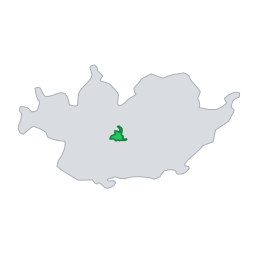 Switzerland, with Nidwalden highlighted, rotated 183°
{"feature_id": "CHE-164", "entity_name": "Nidwalden", "entity_type": "Canton", "adm_level": 1, "iso_a3": "CHE", "parent_name": "Switzerland", "parent_adm1": "", "projection": "equal_earth", "projection_center": [8.375, 46.893], "detail": "fine", "context": "in_parent", "style": "filled", "palette": "green", "viewbox_px": 256, "rotation_deg": 183, "n_neighbors": 0, "source": "natural_earth", "source_scale": "10m", "svg_char_len": 3555}
<svg xmlns="http://www.w3.org/2000/svg" viewBox="0 0 256 256"><g transform="rotate(183 128 128)"><path d="M192.0,82.5L193.4,83.3L196.9,86.1L196.2,90.8L192.2,98.3L190.2,104.5L190.0,109.2L190.4,111.4L191.1,111.4L194.9,111.7L196.8,111.7L202.9,113.0L207.8,114.8L208.8,116.8L209.5,119.2L215.3,122.5L222.0,124.6L224.2,123.9L232.4,116.2L235.6,117.5L237.6,121.6L237.5,123.8L235.3,131.9L235.0,136.3L237.0,139.3L237.2,141.5L236.7,143.6L233.4,143.8L228.9,142.7L225.1,139.1L222.3,139.5L219.9,140.4L218.6,143.8L217.6,147.8L217.9,150.0L219.7,151.7L221.1,155.4L222.2,160.1L222.9,162.3L222.1,163.3L219.8,163.9L217.8,163.3L214.4,157.6L212.8,155.5L210.1,155.1L205.4,156.5L198.1,159.6L195.2,159.6L192.7,159.0L190.4,156.3L188.4,151.1L187.7,147.9L186.3,148.0L181.7,147.0L179.5,148.3L179.5,153.6L179.1,160.2L176.8,164.5L170.4,171.9L168.0,175.1L167.0,177.4L166.8,179.4L167.9,182.9L169.2,186.3L168.1,188.2L164.7,189.2L162.2,187.1L161.3,183.5L156.0,178.6L158.4,174.5L158.0,173.5L149.3,171.4L145.6,168.2L140.3,162.8L139.3,160.5L139.6,152.9L139.3,151.0L138.6,150.1L136.0,150.2L132.5,152.8L129.2,156.8L122.6,161.2L121.9,162.2L124.1,166.5L124.0,168.2L118.5,175.1L117.5,177.4L110.6,181.7L107.4,183.3L97.8,180.1L95.2,179.8L90.9,181.9L84.8,183.9L75.0,186.0L71.5,184.5L69.8,183.1L68.9,181.0L66.5,177.3L63.7,175.1L61.8,172.7L59.3,170.1L57.7,167.9L59.9,160.9L58.4,158.5L57.6,155.0L58.0,152.6L57.1,152.1L48.4,150.7L41.0,151.1L35.8,153.5L31.5,157.3L30.9,158.1L31.2,158.8L33.3,162.4L29.6,166.1L24.1,169.1L20.1,169.4L18.4,168.8L18.4,164.8L21.7,163.3L24.6,160.7L25.7,157.0L26.1,154.4L23.0,151.3L23.4,149.4L25.4,145.7L26.5,142.5L28.1,139.7L34.2,135.2L40.4,130.7L41.3,125.8L41.9,119.9L42.7,118.5L51.0,115.0L53.1,113.6L54.1,111.6L60.6,105.1L67.1,98.5L68.4,96.4L69.5,95.1L69.5,94.0L68.7,93.2L65.6,92.7L64.6,90.6L68.0,86.9L72.1,84.7L76.1,84.6L77.7,85.7L77.6,86.9L79.3,88.2L82.4,88.6L86.1,88.2L89.9,86.8L92.2,83.5L93.5,81.0L99.4,78.2L103.4,79.6L114.5,80.0L122.6,79.3L127.7,77.3L133.9,77.3L138.2,78.4L138.9,78.3L140.1,78.0L141.2,77.0L145.2,76.3L145.7,75.4L145.5,74.5L144.8,74.1L139.9,74.5L138.1,73.9L137.6,72.3L139.2,69.6L142.8,67.4L145.8,66.8L148.0,67.4L153.3,71.5L154.6,71.7L155.4,70.9L156.5,70.5L158.3,71.3L160.4,73.9L160.8,74.3L172.7,73.4L175.4,73.4L183.5,77.8L192.0,82.5Z" fill="#d9dde1" stroke="#a8b0b8" stroke-width="1"/><path d="M140.6,115.7L141.8,116.4L145.3,116.0L145.4,116.4L145.3,116.7L144.7,118.6L144.5,118.8L144.3,119.1L143.7,119.5L141.3,120.6L140.5,121.1L140.3,121.3L140.3,121.5L140.7,122.0L140.8,122.2L140.9,122.6L140.8,123.1L141.0,124.3L138.6,124.4L138.1,124.1L137.9,123.7L137.7,123.6L136.6,124.2L136.4,124.2L136.3,123.8L136.3,123.6L136.1,123.2L135.9,123.2L135.7,123.3L135.5,123.6L135.5,123.8L135.7,124.1L135.8,124.9L135.9,125.2L136.1,126.0L136.1,126.4L136.1,126.6L136.6,126.9L136.7,127.0L136.7,127.3L136.8,127.4L136.9,127.5L137.0,127.7L137.2,128.0L137.4,128.1L137.5,128.3L138.3,128.6L138.5,128.7L138.5,128.9L138.4,129.0L137.0,129.4L135.9,128.5L134.9,128.0L133.9,126.7L133.8,125.3L133.8,124.7L133.9,123.4L134.1,122.7L134.2,122.4L134.2,120.7L133.9,120.3L132.7,119.8L132.4,119.5L132.2,119.3L132.2,118.8L132.4,118.6L132.5,118.4L132.7,118.2L132.8,117.9L132.9,117.7L132.9,117.3L132.8,117.2L132.7,117.1L130.8,116.6L130.6,116.6L130.4,116.6L130.1,116.8L129.9,116.9L129.0,117.1L128.8,116.6L128.8,116.3L129.0,116.0L129.3,115.9L130.2,115.6L131.0,115.4L132.2,115.4L132.8,115.3L133.4,115.3L134.0,115.5L135.0,115.1L135.8,114.8L136.3,115.1L136.4,115.3L138.0,115.4L138.5,115.2L138.6,114.9L139.0,114.6L139.7,114.7L140.4,115.3L140.6,115.7Z" fill="#22c55e" stroke="#15803d" stroke-width="1.5"/></g></svg>